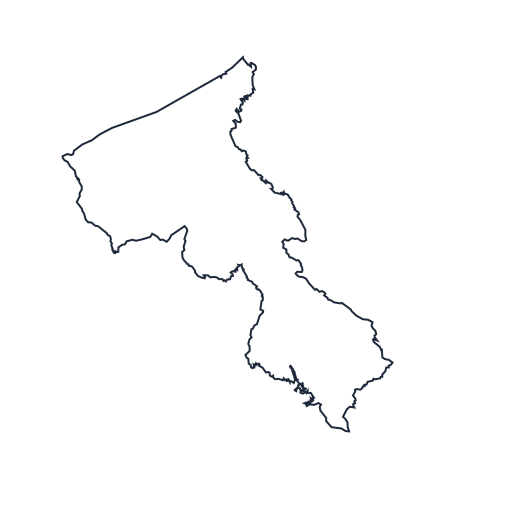 outline of Cianjur, Jawa Barat, Indonesia, rotated 143°
{"feature_id": "22746128B34542084533901", "entity_name": "Cianjur", "entity_type": "district", "adm_level": 2, "iso_a3": "IDN", "parent_name": "Indonesia", "parent_adm1": "Jawa Barat", "projection": "equal_earth", "projection_center": [107.144, -7.054], "detail": "fine", "context": "isolated", "style": "outline", "palette": "slate", "viewbox_px": 512, "rotation_deg": 143, "n_neighbors": 0, "source": "geoboundaries", "source_scale": "gbopen_adm2", "svg_char_len": 6093}
<svg xmlns="http://www.w3.org/2000/svg" viewBox="0 0 512 512"><g transform="rotate(143 256 256)"><path d="M314.5,279.6L314.3,274.9L312.7,271.9L310.5,269.1L309.5,269.6L309.3,272.0L306.0,269.5L305.3,266.5L301.6,264.2L299.8,261.7L299.5,259.8L296.7,257.7L297.0,255.8L295.9,255.7L295.4,253.8L293.1,254.6L290.7,253.0L288.1,254.9L286.4,254.0L285.7,255.6L286.1,258.1L284.0,258.0L282.4,256.4L281.7,257.1L281.5,256.1L279.9,257.5L279.4,256.2L277.9,258.3L275.6,258.2L275.4,259.5L274.0,257.9L272.6,257.9L274.3,255.0L273.9,254.2L274.7,252.8L274.1,252.4L275.0,251.7L275.6,245.0L276.5,244.4L276.3,242.5L277.0,241.8L274.6,237.7L275.1,236.4L273.5,231.0L275.1,230.5L275.3,229.6L274.8,228.0L273.9,227.8L273.6,225.3L274.1,221.0L275.5,220.6L275.3,218.9L277.3,216.6L278.6,216.7L284.7,210.7L283.3,207.9L284.5,206.7L289.0,206.1L296.3,201.0L299.1,201.5L302.4,199.8L303.7,200.3L308.0,196.2L308.6,193.6L311.2,193.4L314.5,191.0L315.5,189.3L315.4,187.8L318.2,184.0L324.1,183.3L324.6,180.3L324.0,178.5L326.6,174.4L325.8,172.3L326.9,169.9L326.3,168.6L324.4,168.9L324.7,167.1L323.0,170.9L322.0,169.0L320.5,170.3L320.1,168.4L318.5,168.3L318.4,167.3L319.6,166.3L318.0,163.0L318.1,156.9L315.8,155.8L315.5,154.3L316.9,152.2L315.9,150.0L314.5,150.0L315.3,149.0L315.0,146.2L312.0,144.4L309.3,140.6L307.5,141.6L307.6,139.7L306.2,139.2L306.9,137.8L305.2,137.0L304.5,139.1L304.4,138.0L304.3,138.5L304.1,138.8L304.9,134.9L304.2,135.6L303.2,134.7L302.2,131.9L299.0,133.9L296.5,141.2L295.6,140.9L296.2,142.6L294.8,143.7L295.5,144.5L295.5,145.1L294.9,145.5L295.3,147.3L294.7,148.3L295.2,147.3L294.5,147.4L294.5,145.4L295.2,144.9L294.5,143.9L295.3,142.1L294.9,141.1L297.5,134.3L298.5,134.8L298.3,133.1L297.2,132.1L298.3,131.6L298.1,126.8L300.0,127.4L301.2,126.1L305.3,125.7L305.0,124.8L305.6,124.8L305.2,124.0L304.3,125.4L301.4,125.4L300.6,123.8L301.1,122.4L299.7,120.6L298.0,121.3L297.8,124.5L297.0,125.6L296.4,125.3L296.5,126.3L296.1,125.9L295.1,126.6L294.6,126.6L296.2,125.8L296.4,124.8L296.9,125.3L296.6,124.1L297.4,123.4L297.5,121.8L296.4,120.6L295.7,119.2L297.5,121.4L299.0,119.1L301.2,121.7L302.8,120.0L301.1,117.7L298.0,117.8L298.3,116.3L296.0,117.2L297.2,115.6L294.7,113.7L295.0,108.1L295.8,108.6L296.9,106.8L297.7,109.3L298.4,107.3L299.3,107.8L299.2,106.5L300.0,107.0L300.8,106.1L302.0,107.0L301.8,108.0L303.1,108.2L302.7,107.4L303.2,106.6L304.7,109.0L306.0,109.3L305.3,108.1L305.7,105.5L302.6,105.3L299.1,102.1L294.7,101.0L293.5,98.2L296.0,97.1L297.6,93.8L297.4,84.4L299.3,82.0L298.7,73.8L291.7,67.0L289.7,62.1L287.2,59.9L285.6,64.4L283.2,67.8L282.7,72.3L283.3,75.2L275.9,78.8L271.9,79.2L268.7,75.9L268.5,77.8L267.2,79.4L265.6,78.8L264.9,80.8L263.2,80.7L262.5,82.5L262.5,86.3L258.4,88.0L257.4,89.6L256.0,89.3L253.0,86.5L250.5,86.6L249.4,87.6L247.6,86.7L247.0,88.0L245.2,86.8L242.6,88.3L237.6,86.2L236.1,87.3L235.2,85.9L230.5,83.6L229.1,84.3L227.8,83.6L226.4,85.4L222.2,86.1L219.1,88.5L217.0,87.1L216.0,88.6L214.1,87.9L211.1,88.7L212.4,93.1L215.1,96.1L216.1,99.0L212.1,105.1L212.7,105.1L211.8,109.0L213.6,116.2L212.9,118.9L212.2,119.0L210.1,115.7L210.1,119.7L209.4,121.1L207.0,121.3L205.7,124.4L206.2,128.1L205.7,130.8L202.8,133.0L204.8,137.5L208.8,141.3L211.7,147.9L212.8,154.3L212.5,156.5L215.7,166.9L217.0,167.2L221.7,172.2L222.7,175.3L224.6,177.9L224.1,179.7L225.3,183.5L223.4,184.0L223.2,185.6L224.3,188.2L226.9,189.2L227.5,193.2L229.2,193.5L230.1,202.2L229.7,207.7L231.3,211.0L234.2,213.7L235.0,217.5L234.7,218.3L232.6,218.6L229.1,215.7L227.4,216.6L226.0,219.4L225.8,221.7L224.8,222.4L224.6,227.1L226.3,228.0L228.7,233.6L230.0,234.7L229.2,237.7L229.8,240.4L227.8,242.8L229.3,246.3L226.7,248.9L226.5,251.5L223.1,252.0L221.3,248.9L216.4,248.6L214.5,246.0L212.3,245.0L210.5,240.1L208.4,238.6L206.2,238.6L204.6,242.2L200.8,247.2L199.0,258.2L199.2,262.4L197.9,263.7L196.6,263.4L195.8,265.2L197.3,270.0L196.0,270.5L196.6,272.2L195.6,272.8L195.4,276.3L194.4,277.1L194.4,279.3L193.6,280.0L194.1,281.7L193.7,286.0L195.3,288.4L196.4,288.3L195.4,290.3L196.9,289.6L196.4,290.6L197.6,291.2L197.6,290.3L198.7,290.3L203.0,295.6L203.5,300.4L202.6,299.6L201.3,300.6L200.4,304.1L201.4,306.7L202.7,307.7L202.1,308.1L202.4,309.9L202.9,309.2L203.7,310.1L204.5,309.0L205.1,312.6L205.9,313.2L205.5,315.1L204.8,314.4L203.4,315.0L203.7,317.8L205.3,319.1L206.0,326.0L207.6,326.7L208.4,329.1L207.5,337.4L205.8,337.3L205.0,339.7L203.4,339.2L203.8,340.6L202.2,341.4L202.6,342.8L201.2,345.6L202.7,348.0L204.3,348.3L204.3,350.4L205.3,351.6L205.1,353.9L206.3,356.1L203.4,368.2L201.6,370.8L200.2,370.7L199.1,372.1L194.9,370.6L192.7,373.5L192.8,377.7L190.7,377.2L190.2,374.6L188.1,372.4L186.6,372.9L184.4,380.0L184.8,384.3L182.9,385.1L182.8,381.4L180.3,380.9L179.5,381.7L180.2,383.5L176.9,386.0L175.7,385.2L174.3,386.1L173.9,390.6L172.5,390.3L171.7,387.0L169.3,390.4L167.5,389.8L169.2,387.3L168.4,386.4L165.9,389.2L164.0,387.4L163.3,388.3L159.9,388.1L158.2,391.3L157.0,390.0L155.9,394.3L151.3,401.1L148.2,402.6L148.0,404.9L144.0,404.9L142.2,407.1L141.9,409.0L143.4,413.0L144.2,413.3L146.1,410.1L147.0,413.8L147.3,412.8L147.6,420.9L146.8,422.6L161.3,420.8L169.6,421.2L170.1,419.5L172.9,421.0L175.8,420.7L176.1,419.5L176.6,419.3L176.4,421.5L248.7,430.9L293.8,444.9L307.7,447.2L317.2,447.2L327.5,449.6L338.0,449.6L340.8,447.4L342.8,447.8L345.4,451.0L350.3,452.1L351.3,450.7L351.3,447.5L349.8,444.6L350.5,439.5L349.4,433.3L351.9,427.8L351.4,425.4L352.3,425.2L352.4,424.2L351.3,423.5L352.8,421.2L353.2,416.5L355.4,413.8L359.4,412.1L360.5,410.0L366.7,406.9L366.6,398.5L367.7,396.2L367.7,393.6L370.1,387.6L369.7,383.9L367.2,381.7L366.3,377.2L364.1,374.6L361.4,363.9L361.8,362.1L360.6,359.5L361.8,356.7L363.4,355.3L363.6,352.6L365.0,351.9L366.2,347.9L366.8,347.9L367.6,344.0L366.8,343.2L365.4,344.6L365.0,342.9L363.5,342.2L360.7,345.7L356.2,345.5L353.4,344.2L350.7,345.6L345.0,343.4L342.5,340.3L336.4,337.6L329.0,334.9L325.5,336.2L323.3,331.3L322.8,326.4L320.5,325.1L318.8,321.1L314.8,321.8L311.2,323.6L295.0,322.8L294.9,319.4L295.7,317.5L303.0,312.6L303.3,310.4L308.2,306.9L309.7,303.8L312.5,303.7L315.6,299.2L316.1,295.8L315.7,291.1L314.9,289.8L315.6,288.6L313.6,286.6L313.4,284.0L313.6,280.7L314.5,279.6Z" fill="none" stroke="#1e293b" stroke-width="2"/></g></svg>